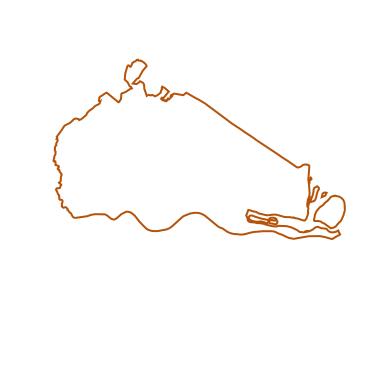 Pelalawan, Riau, Indonesia, rotated 41°
{"feature_id": "22746128B44055596539945", "entity_name": "Pelalawan", "entity_type": "district", "adm_level": 2, "iso_a3": "IDN", "parent_name": "Indonesia", "parent_adm1": "Riau", "projection": "robinson", "projection_center": [102.105, 0.163], "detail": "fine", "context": "isolated", "style": "outline", "palette": "amber", "viewbox_px": 384, "rotation_deg": 41, "n_neighbors": 0, "source": "geoboundaries", "source_scale": "gbopen_adm2", "svg_char_len": 6003}
<svg xmlns="http://www.w3.org/2000/svg" viewBox="0 0 384 384"><g transform="rotate(41 192 192)"><path d="M331.6,126.8L328.9,125.9L327.7,125.1L326.8,127.3L325.9,128.9L324.3,130.5L323.4,131.2L321.4,131.9L320.1,131.9L317.6,131.6L312.9,134.7L310.3,135.5L309.6,136.0L308.7,137.1L308.3,138.0L307.7,141.4L306.6,143.9L306.1,144.9L302.9,149.1L299.3,151.6L296.0,151.8L295.0,152.2L292.8,152.7L292.2,153.0L290.7,153.3L286.1,155.5L279.6,160.7L278.2,162.8L275.4,164.9L269.5,168.0L267.5,168.7L265.9,169.6L263.3,171.2L261.8,172.6L259.1,174.0L256.5,176.0L254.8,176.9L253.6,177.0L252.3,176.5L250.8,175.2L248.3,174.1L246.3,168.6L248.5,167.4L250.3,166.8L253.6,164.9L256.4,164.4L262.3,161.3L264.3,160.1L268.3,155.6L270.7,153.7L278.5,150.0L282.6,146.6L283.4,146.2L285.9,144.6L285.8,144.4L287.6,143.8L289.1,142.7L294.5,140.5L295.9,139.5L295.8,137.1L294.5,133.7L293.5,131.7L292.1,130.4L290.5,128.0L289.3,126.9L288.6,127.3L286.9,125.5L284.3,121.4L284.0,120.0L283.2,118.2L281.7,115.9L275.9,110.1L271.7,106.4L264.0,96.0L263.0,95.1L262.2,95.5L261.3,95.6L259.3,97.0L258.1,98.6L257.5,101.3L256.3,103.5L255.7,104.2L254.5,104.6L244.1,105.7L236.8,106.8L231.6,107.3L205.8,110.7L204.0,110.7L191.1,112.4L189.2,112.5L177.5,114.1L143.9,116.6L135.4,118.1L133.8,118.6L122.6,120.8L121.9,124.6L113.8,129.6L113.2,132.0L113.9,132.1L113.9,132.4L112.8,132.4L112.8,132.8L113.0,133.4L113.2,134.0L113.4,134.0L113.4,133.5L114.1,133.4L113.9,137.1L112.6,137.1L112.6,138.7L112.8,138.7L112.9,139.2L113.1,139.0L113.1,140.1L112.1,140.1L112.1,141.0L110.0,141.0L110.0,141.9L107.5,141.9L107.5,140.5L108.8,140.5L108.6,131.4L103.2,131.4L100.4,132.0L100.9,133.5L102.0,134.0L102.2,136.1L103.2,137.4L102.4,141.8L101.2,144.1L98.6,144.7L98.0,145.2L97.6,146.1L95.4,147.3L94.8,149.1L88.2,145.3L85.6,142.6L84.4,142.0L83.2,141.8L80.1,142.5L80.0,144.3L79.3,147.0L76.2,149.0L76.1,144.9L76.2,142.4L77.0,140.8L75.3,133.0L75.2,126.8L74.3,126.2L71.7,125.8L68.5,126.1L67.2,126.4L67.0,126.9L66.6,127.0L65.9,127.6L64.7,128.1L64.3,128.2L64.2,127.9L63.7,128.4L63.6,130.3L62.7,132.0L62.7,132.9L62.3,133.7L62.9,135.1L63.6,137.6L63.2,138.0L61.2,137.9L60.7,138.6L60.9,139.9L63.9,146.3L66.3,149.7L67.5,151.3L71.3,151.4L75.6,153.1L77.1,152.7L78.6,153.2L77.7,154.9L76.3,160.1L74.3,163.8L74.3,164.3L77.4,168.4L77.9,172.0L77.7,172.5L62.4,173.0L61.5,175.4L60.8,178.5L60.1,180.3L60.1,181.5L60.9,182.4L61.4,183.7L62.0,184.3L63.3,184.3L63.4,183.8L64.2,185.7L63.9,187.3L62.9,189.4L62.4,191.3L62.2,194.2L61.2,197.9L61.0,201.1L61.7,203.2L60.6,210.1L59.7,211.1L59.6,211.7L58.7,211.4L57.7,211.8L56.2,212.7L55.4,213.9L55.0,215.0L55.0,216.5L54.6,219.7L52.4,225.4L52.4,226.9L53.0,230.6L53.7,239.1L54.8,239.4L55.0,239.7L55.1,240.9L55.6,240.7L56.5,240.9L57.0,241.3L57.5,243.9L58.2,245.2L58.9,245.6L58.8,246.6L59.3,248.2L60.3,249.3L60.8,250.4L62.8,251.2L63.2,252.0L64.2,253.0L64.8,255.7L65.7,256.6L66.0,257.7L67.1,259.4L67.9,259.5L68.4,258.6L68.9,258.6L70.7,260.3L71.1,261.1L71.3,261.2L73.2,260.2L73.9,260.3L74.6,260.0L75.1,260.5L75.2,262.3L75.5,262.6L76.5,262.9L77.1,262.3L77.5,262.4L78.8,263.5L81.4,263.9L82.4,264.5L82.6,265.6L83.3,266.4L83.5,267.1L85.7,269.8L85.8,270.7L85.5,272.3L86.1,272.4L86.3,272.0L87.1,272.1L88.6,272.3L88.8,272.5L88.7,273.7L89.2,274.5L89.6,275.8L87.5,278.0L87.8,278.6L87.7,279.4L90.4,280.4L92.1,281.5L93.9,281.7L94.5,282.5L95.3,282.9L95.8,283.8L96.4,284.3L97.3,284.5L98.6,283.5L99.4,283.3L100.0,283.6L100.9,284.5L101.4,286.3L102.6,287.3L103.2,288.3L105.2,288.3L106.5,286.4L107.5,286.2L109.1,286.4L109.5,287.0L109.7,286.8L111.9,287.5L114.9,287.6L117.9,288.8L119.0,288.9L120.0,288.7L121.4,287.6L128.8,279.0L130.8,275.5L133.2,272.5L140.7,266.2L141.4,265.8L143.8,265.4L148.7,265.2L151.0,264.2L151.6,263.4L152.4,261.3L153.2,255.1L154.9,250.9L155.5,249.8L156.4,249.0L158.4,248.0L160.1,247.5L164.3,247.4L171.5,248.8L177.4,249.4L181.8,249.6L184.1,249.2L187.7,247.5L191.6,244.2L197.3,237.0L198.7,234.2L199.5,230.8L201.2,216.9L201.8,215.0L204.8,209.4L207.5,206.1L209.5,204.4L211.7,203.0L214.0,202.1L217.3,201.4L234.7,200.9L236.7,200.4L238.9,199.5L244.5,198.9L246.4,198.4L249.3,197.3L252.5,195.3L253.9,194.0L256.1,192.7L257.9,191.1L259.9,188.7L262.8,184.3L265.0,181.5L271.4,174.9L278.1,169.1L279.8,168.0L281.7,167.3L284.2,166.7L288.3,165.1L295.1,163.2L299.5,160.6L309.0,148.9L316.3,142.4L317.4,141.4L322.3,138.6L328.5,135.7L328.8,135.3L330.0,131.3L331.4,127.9L331.6,126.8ZM310.4,129.7L312.6,129.0L320.7,128.3L322.4,125.6L323.1,123.8L323.0,119.5L323.3,115.8L321.7,110.5L319.7,106.2L318.8,104.9L315.5,101.4L313.4,99.6L311.3,98.7L308.9,98.5L306.5,98.8L302.6,100.8L302.4,101.4L301.9,101.4L301.1,102.5L300.1,104.6L300.1,110.3L299.7,110.8L299.5,113.0L299.4,114.5L299.6,115.3L298.5,119.6L298.5,122.3L298.6,123.4L298.4,124.0L299.3,127.4L299.8,128.6L302.6,133.3L303.5,133.5L305.3,132.1L305.9,131.3L308.6,129.8L310.4,129.7ZM255.7,174.6L259.6,172.6L263.3,169.1L264.9,168.1L269.2,166.3L269.3,164.9L268.9,163.6L267.6,163.3L261.6,166.7L255.2,169.5L253.2,170.1L251.6,171.3L251.2,172.3L251.2,173.7L252.1,174.5L253.9,174.9L255.7,174.6ZM287.9,122.3L289.0,120.2L289.5,119.9L290.2,117.7L289.5,115.1L287.7,111.9L286.5,109.3L285.9,106.6L285.3,105.8L284.0,105.5L282.7,105.6L281.6,108.8L282.4,110.8L283.5,112.0L285.2,115.3L286.7,119.5L287.3,121.6L287.9,122.3ZM272.2,164.0L273.0,163.3L274.8,162.5L276.6,161.2L276.9,160.3L275.9,158.3L275.4,157.9L274.3,157.9L273.6,158.9L272.7,159.7L270.4,161.1L269.2,162.8L269.7,163.5L269.8,164.6L270.3,164.7L272.2,164.0ZM268.7,162.9L270.1,161.2L272.8,159.4L274.1,157.7L273.4,157.0L272.0,157.2L270.4,158.0L268.8,159.3L268.1,160.2L267.9,161.9L268.0,162.6L268.3,162.8L268.7,162.9ZM293.3,110.8L294.9,107.5L294.9,106.8L294.1,104.3L292.7,105.1L292.1,105.9L291.6,107.4L293.3,110.8ZM289.0,126.6L288.0,124.4L284.8,120.3L284.3,119.1L284.0,119.6L286.0,123.3L288.3,126.6L289.0,126.6ZM274.3,107.6L273.0,105.9L272.1,105.5L272.9,106.6L274.0,107.6L274.3,107.6ZM303.7,147.5L304.8,146.2L305.4,145.3L305.3,145.2L304.7,145.6L303.8,146.7L303.4,147.4L303.7,147.5ZM273.8,104.1L273.1,103.3L272.3,103.2L272.4,103.6L273.2,104.3L273.7,104.5L273.8,104.1Z" fill="none" stroke="#b45309" stroke-width="2"/></g></svg>